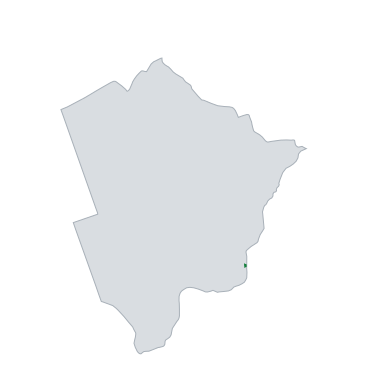 Botswana, with Lobatse highlighted, rotated 341°
{"feature_id": "BWA-5503", "entity_name": "Lobatse", "entity_type": "Town", "adm_level": 1, "iso_a3": "BWA", "parent_name": "Botswana", "parent_adm1": "", "projection": "robinson", "projection_center": [25.686, -25.205], "detail": "fine", "context": "in_parent", "style": "filled", "palette": "green", "viewbox_px": 384, "rotation_deg": 341, "n_neighbors": 0, "source": "natural_earth", "source_scale": "10m", "svg_char_len": 3030}
<svg xmlns="http://www.w3.org/2000/svg" viewBox="0 0 384 384"><g transform="rotate(341 192 192)"><path d="M207.2,55.6L206.7,57.1L206.3,59.2L206.8,60.9L207.9,63.0L209.4,64.9L210.5,66.1L211.9,68.9L213.3,72.4L215.1,75.1L220.4,81.4L221.0,83.6L221.8,85.8L225.1,90.1L225.6,91.5L225.4,94.4L228.8,103.1L231.1,108.1L233.0,109.1L239.1,114.5L244.4,118.8L250.6,121.8L255.2,123.7L257.5,125.1L258.6,126.5L259.5,129.1L260.0,133.6L260.1,136.5L265.0,136.4L269.1,136.6L270.5,137.2L271.0,138.1L270.9,140.0L271.0,142.8L271.1,145.2L270.7,147.6L270.4,150.5L270.2,154.1L270.8,155.5L274.7,160.1L276.4,163.0L278.1,167.5L279.1,168.9L280.0,169.5L283.5,170.0L292.6,171.8L298.2,173.5L302.7,175.3L304.6,175.7L305.5,176.2L305.8,176.6L305.2,180.5L305.4,181.8L305.9,182.9L306.6,183.8L307.5,184.3L310.9,184.7L313.0,187.1L314.2,188.2L308.1,188.8L305.1,190.7L303.3,194.2L300.5,196.8L296.8,198.5L292.8,199.6L288.6,200.2L284.1,203.2L279.4,208.7L276.9,212.1L276.8,213.5L275.8,214.7L273.7,215.7L272.6,217.0L272.3,218.4L271.2,219.1L269.3,219.0L268.0,220.1L267.2,222.2L265.5,223.6L263.0,224.0L260.7,225.2L258.8,227.2L257.4,228.2L256.4,228.3L254.8,229.9L252.2,233.7L251.8,235.5L248.3,249.9L246.3,251.6L242.6,254.5L239.6,258.1L238.3,260.2L236.9,261.1L230.0,262.8L227.4,263.8L224.3,265.1L223.5,266.3L222.8,270.8L220.6,277.1L218.9,281.8L217.8,285.9L215.8,291.0L214.1,292.7L212.2,294.3L209.7,295.0L206.2,295.5L203.1,295.4L200.7,295.5L197.3,297.2L194.2,297.4L189.2,296.3L185.2,295.3L183.4,295.1L179.8,291.8L177.6,291.9L174.1,291.6L172.1,290.8L170.3,289.1L166.3,285.8L162.4,283.1L159.0,281.5L155.8,280.8L152.8,281.4L150.4,282.1L149.5,282.5L147.7,283.9L145.8,286.5L144.3,290.7L143.7,293.2L142.0,298.6L139.8,305.0L138.7,306.9L137.5,308.2L135.5,309.5L129.0,314.6L125.7,320.3L123.7,322.0L121.2,322.8L119.1,323.3L118.0,324.3L116.7,327.2L115.6,328.2L114.3,328.6L110.6,328.3L109.4,328.0L99.5,328.5L96.5,327.6L94.3,327.2L91.0,328.4L89.6,327.6L88.4,325.2L87.8,320.4L87.9,316.2L89.7,313.1L91.2,310.8L92.7,307.8L92.9,306.5L92.6,305.3L92.2,302.8L92.0,300.3L89.8,294.8L87.1,287.5L83.5,279.4L82.4,277.2L80.1,273.6L71.9,266.9L70.6,266.0L70.6,265.3L70.5,258.7L70.5,250.1L70.4,241.5L70.3,232.8L70.2,224.2L70.1,215.6L70.0,206.9L69.9,198.3L69.8,189.6L69.8,182.3L75.7,182.3L83.0,182.3L91.8,182.3L95.6,182.3L95.9,181.2L95.8,175.8L95.7,163.5L95.6,151.2L95.5,138.9L95.4,126.7L95.3,114.4L95.2,102.1L95.1,89.8L95.0,77.5L94.9,71.4L101.7,71.0L109.5,69.8L122.1,67.8L133.9,65.3L141.5,63.8L150.6,62.1L153.8,61.8L154.6,62.0L155.8,62.6L160.1,68.8L162.7,73.4L163.3,75.4L163.8,75.7L165.0,75.3L166.4,74.6L170.7,69.9L171.6,68.7L174.3,66.4L177.6,64.1L180.6,62.5L183.6,61.1L185.0,61.5L186.7,62.7L188.2,63.4L195.0,57.7L198.1,56.4L206.1,55.4L207.2,55.6Z" fill="#d9dde1" stroke="#a8b0b8" stroke-width="1"/><path d="M218.3,277.9L218.5,278.2L218.8,278.2L218.8,278.4L219.0,278.5L218.8,278.7L218.8,278.9L218.6,279.0L218.9,279.2L219.0,279.5L218.8,279.8L218.5,279.9L218.3,279.8L218.0,279.9L217.8,279.9L218.0,279.5L218.1,279.2L218.1,278.7L218.2,278.2L218.3,277.9Z" fill="#22c55e" stroke="#15803d" stroke-width="1.5"/></g></svg>